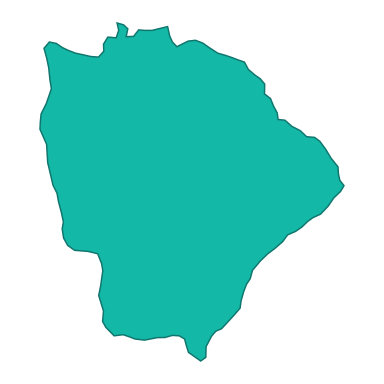 outline of Sebastianópolis do Sul, São Paulo, Brazil
{"feature_id": "56859067B57428988015722", "entity_name": "Sebastianópolis do Sul", "entity_type": "district", "adm_level": 2, "iso_a3": "BRA", "parent_name": "Brazil", "parent_adm1": "São Paulo", "projection": "robinson", "projection_center": [-49.915, -20.635], "detail": "fine", "context": "isolated", "style": "filled", "palette": "teal", "viewbox_px": 384, "rotation_deg": 0, "n_neighbors": 0, "source": "geoboundaries", "source_scale": "gbopen_adm2", "svg_char_len": 1586}
<svg xmlns="http://www.w3.org/2000/svg" viewBox="0 0 384 384"><path d="M160.2,28.4L152.1,30.4L144.5,30.4L138.7,29.9L133.6,36.4L126.2,36.7L127.8,28.8L123.5,24.8L117.1,23.0L118.7,30.4L116.2,37.8L107.8,37.1L103.5,44.2L103.8,51.2L98.5,57.1L90.7,56.5L84.1,55.0L75.6,53.2L67.6,50.1L62.4,47.6L56.4,43.5L49.4,42.0L44.0,48.3L46.7,58.1L48.7,67.7L50.0,80.3L51.4,88.6L49.4,94.6L46.3,103.5L41.1,114.0L40.3,122.3L40.0,129.3L46.6,144.3L47.7,162.6L49.7,171.0L53.0,185.2L57.0,193.2L58.5,201.6L61.3,212.1L63.4,221.9L62.2,228.9L63.6,238.0L67.7,245.4L74.6,250.3L88.0,251.4L97.7,253.7L101.6,263.6L102.8,270.5L100.7,285.7L98.7,295.5L103.5,311.0L102.6,321.5L105.9,327.4L114.1,335.8L123.2,334.7L129.6,336.9L135.0,339.0L144.5,340.1L157.5,337.6L164.8,337.5L172.4,335.4L179.2,335.8L184.6,339.0L186.4,345.7L188.5,352.4L200.7,361.0L205.8,357.3L206.1,346.6L211.6,336.1L215.8,331.2L221.6,328.7L229.6,320.0L234.7,314.4L240.1,308.1L241.1,300.7L243.8,291.3L246.5,284.3L250.2,278.7L252.5,270.3L260.2,261.1L267.6,253.9L274.8,248.5L282.7,241.6L287.6,234.9L295.7,231.3L301.8,227.1L307.6,221.5L312.8,217.7L320.6,214.1L328.2,206.1L333.7,198.0L340.5,191.5L344.0,185.7L339.8,180.3L338.4,173.8L338.0,166.9L331.0,158.1L325.5,149.0L319.8,141.3L314.6,137.4L306.6,136.7L300.3,130.7L291.9,126.4L284.9,120.2L278.1,119.5L277.2,112.9L273.6,106.2L270.5,98.6L264.5,93.9L264.7,84.1L260.3,78.8L254.7,74.9L248.4,69.5L244.4,62.1L238.0,59.9L232.3,57.7L225.6,55.4L217.8,53.2L209.2,47.6L202.8,43.1L195.5,40.3L188.2,41.1L182.7,43.8L176.9,46.7L172.4,42.0L169.7,36.0L167.6,26.6L160.2,28.4Z" fill="#14b8a6" stroke="#0f766e" stroke-width="1.5"/></svg>